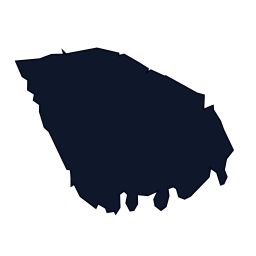 outline of Wilson, Tennessee, United States of America, rotated 171°
{"feature_id": "52423323B68514472010910", "entity_name": "Wilson", "entity_type": "district", "adm_level": 2, "iso_a3": "USA", "parent_name": "United States of America", "parent_adm1": "Tennessee", "projection": "orthographic", "projection_center": [-86.303, 36.156], "detail": "fine", "context": "isolated", "style": "filled", "palette": "ink", "viewbox_px": 256, "rotation_deg": 171, "n_neighbors": 0, "source": "geoboundaries", "source_scale": "gbopen_adm2", "svg_char_len": 1013}
<svg xmlns="http://www.w3.org/2000/svg" viewBox="0 0 256 256"><g transform="rotate(171 128 128)"><path d="M228.4,211.5L224.3,195.4L219.3,191.0L221.0,181.3L214.9,176.0L217.0,170.2L211.4,164.8L212.7,157.9L210.4,141.6L206.5,136.9L194.7,96.9L191.2,95.7L191.9,87.2L193.1,79.6L189.9,81.0L185.8,68.0L172.3,53.9L169.4,58.0L162.5,52.4L161.7,48.0L154.6,48.0L153.6,45.1L148.6,50.7L146.9,63.8L141.7,66.4L138.6,62.3L141.6,54.2L138.8,45.9L135.2,45.9L130.6,51.5L129.4,61.0L118.9,58.3L108.0,61.4L113.5,53.5L113.3,47.0L108.2,41.6L102.8,44.5L98.4,54.4L98.2,61.9L92.2,63.0L89.5,60.4L88.5,52.2L83.2,49.1L77.0,51.0L55.7,67.0L52.8,75.6L47.2,70.2L45.3,57.4L42.1,58.0L38.0,64.2L39.6,71.6L35.7,82.2L27.6,89.7L34.0,111.4L35.7,120.3L40.9,132.5L40.5,136.9L50.5,134.5L47.7,148.5L54.7,151.7L82.6,173.5L84.0,173.4L96.4,181.6L100.8,179.8L98.8,183.3L107.1,190.6L120.3,201.3L125.9,200.9L125.6,203.3L146.2,211.6L177.6,210.7L180.3,214.4L179.9,210.7L192.0,212.4L204.6,209.9L228.4,211.5Z" fill="#0f172a" stroke="#020617" stroke-width="1.5"/></g></svg>